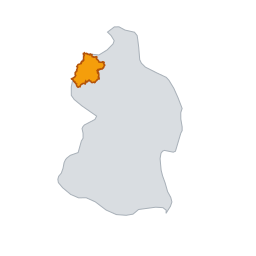 Nyaruguru, Southern, Rwanda (highlighted), rotated 120°
{"feature_id": "39286606B69204186902764", "entity_name": "Nyaruguru", "entity_type": "district", "adm_level": 2, "iso_a3": "RWA", "parent_name": "Rwanda", "parent_adm1": "Southern", "projection": "mercator", "projection_center": [29.568, -2.686], "detail": "fine", "context": "in_parent", "style": "filled", "palette": "amber", "viewbox_px": 256, "rotation_deg": 120, "n_neighbors": 0, "source": "geoboundaries", "source_scale": "gbopen_adm2", "svg_char_len": 5797}
<svg xmlns="http://www.w3.org/2000/svg" viewBox="0 0 256 256"><g transform="rotate(120 128 128)"><path d="M103.2,79.8L106.0,79.7L124.4,75.3L126.3,76.7L129.2,85.3L130.8,86.5L133.4,86.8L138.5,84.9L148.0,78.2L152.2,74.1L157.0,68.4L163.3,61.9L166.7,56.3L170.1,53.0L174.6,52.1L179.5,52.3L182.9,52.4L180.1,53.8L179.5,57.9L182.8,64.5L193.3,78.1L200.1,80.6L204.5,85.9L208.8,94.8L210.0,105.9L208.3,119.4L209.3,129.3L213.2,135.9L214.2,144.4L212.4,154.8L210.1,161.0L207.5,163.1L204.5,163.9L200.4,163.2L195.4,164.1L190.0,166.0L186.6,166.3L184.5,165.9L180.5,164.3L174.2,158.9L162.5,161.9L159.3,161.8L155.0,164.3L151.5,167.5L149.4,167.7L147.2,167.3L137.1,160.9L133.4,161.1L131.9,179.0L130.2,188.9L128.1,193.4L120.9,197.6L113.6,200.1L109.6,199.9L93.5,201.2L87.3,201.2L83.8,199.8L79.3,189.7L70.8,185.1L62.7,183.0L59.3,183.6L56.4,188.9L55.2,193.7L47.3,190.4L44.9,186.4L44.7,179.6L41.8,170.3L43.4,166.3L46.5,163.8L53.0,158.9L63.0,152.0L65.2,148.8L66.6,143.4L65.9,130.8L65.0,120.2L66.2,116.4L70.7,108.2L76.8,99.8L84.0,90.9L88.3,90.0L93.9,86.7L99.9,81.7L103.2,79.8Z" fill="#d9dde1" stroke="#a8b0b8" stroke-width="1"/><path d="M117.7,191.6L117.3,191.3L116.9,191.2L116.7,190.9L116.4,190.7L116.2,190.5L116.2,190.4L116.0,190.5L115.8,190.2L115.7,190.2L115.0,190.5L114.6,190.4L114.1,190.5L113.9,190.3L113.3,190.1L112.8,189.8L112.3,189.7L112.2,189.5L112.3,189.3L112.0,189.2L111.9,189.1L111.6,188.8L111.1,188.4L111.0,188.2L111.4,187.4L111.2,187.0L110.5,187.2L110.3,187.1L109.9,187.3L109.6,187.3L109.6,187.5L109.4,187.6L109.2,187.7L109.0,187.8L108.9,188.1L108.7,188.1L108.8,188.0L108.6,187.9L108.5,187.7L108.6,187.3L108.6,186.9L108.7,186.7L108.4,186.5L108.3,186.2L108.0,186.1L107.8,186.1L107.4,186.3L107.1,186.2L106.8,185.8L106.5,185.9L106.2,185.9L105.9,185.6L106.2,185.2L106.4,184.6L106.3,184.3L106.1,184.0L106.0,183.6L106.4,183.2L106.6,182.9L106.8,182.4L106.7,182.0L106.3,181.3L106.1,181.2L105.6,180.9L105.5,180.5L105.5,180.2L105.4,180.1L105.4,179.7L105.0,179.7L104.9,179.3L104.7,179.3L104.5,179.5L104.2,179.5L103.7,179.3L103.2,179.1L102.7,179.0L102.3,178.7L102.1,178.8L101.6,179.0L100.9,178.6L100.7,178.4L100.2,178.1L100.1,177.6L99.6,177.7L99.5,178.0L99.3,178.0L99.3,178.5L99.1,178.6L98.9,178.6L98.9,178.8L98.6,178.7L98.5,178.8L98.4,178.8L98.3,179.2L98.3,179.3L98.2,179.3L97.7,179.3L97.4,179.5L97.1,179.5L96.9,179.6L96.7,179.7L96.5,179.9L96.2,180.0L96.0,180.3L95.9,180.7L95.6,180.7L95.5,180.8L95.3,180.7L94.9,181.1L95.2,181.4L95.3,181.7L95.5,181.9L95.4,182.0L95.2,182.2L94.9,182.2L94.6,182.3L94.4,182.6L94.4,182.3L94.2,182.3L93.9,182.3L93.7,182.4L93.3,182.4L93.2,182.6L93.2,182.9L93.2,183.2L93.1,183.3L92.9,183.4L92.5,183.4L92.0,183.0L91.8,182.6L91.9,182.4L91.9,182.1L91.8,181.8L91.5,181.8L91.2,181.8L91.0,181.4L90.8,181.5L90.7,181.6L90.5,181.3L90.6,181.1L90.5,180.9L90.4,180.8L90.2,180.8L90.1,180.0L89.2,179.7L88.8,179.9L88.3,179.8L88.0,179.6L88.0,179.4L87.5,179.5L87.3,179.4L86.9,179.7L86.7,179.7L86.4,179.8L86.1,179.7L85.9,179.5L85.4,179.5L85.1,179.6L85.0,180.1L84.9,180.2L84.8,180.5L84.8,180.8L84.4,181.2L84.1,181.3L83.9,181.3L83.8,181.5L83.6,181.5L83.4,181.3L83.2,181.4L83.1,181.7L83.0,181.8L83.0,182.0L83.3,182.1L83.4,182.4L83.2,182.6L83.2,182.8L83.3,183.1L83.5,183.2L84.0,183.0L84.1,183.4L84.3,183.6L84.4,184.1L84.6,184.3L84.9,184.7L84.9,184.9L85.1,185.1L85.0,185.5L85.4,186.1L85.2,186.3L85.1,186.6L84.8,186.9L84.4,187.3L84.3,188.0L84.0,188.6L84.2,188.9L84.2,189.1L83.9,189.4L83.8,190.0L83.4,190.2L82.9,190.3L82.6,190.2L82.0,190.5L82.0,191.1L82.3,191.4L82.6,191.2L82.7,191.4L82.9,191.9L83.1,192.0L83.3,192.1L83.4,192.3L83.3,192.6L83.5,192.9L83.5,193.0L83.8,193.2L83.7,193.3L83.7,193.6L83.7,193.9L83.8,194.0L84.0,194.1L84.2,194.6L84.0,194.9L83.6,195.3L83.2,195.5L82.9,195.7L82.6,195.7L82.5,195.8L82.4,196.0L83.0,196.5L83.0,196.9L83.0,197.0L82.8,197.2L82.8,197.4L82.8,197.5L83.0,197.5L83.3,197.5L83.6,197.9L83.8,197.8L83.8,198.3L83.7,198.5L83.9,198.7L84.1,199.1L84.2,199.5L84.4,199.8L84.2,200.3L84.0,200.5L84.0,200.8L84.0,201.0L84.4,201.1L84.4,201.4L84.6,201.5L84.8,202.1L84.9,202.3L84.8,202.6L85.1,203.0L84.9,203.2L84.8,203.3L85.1,203.4L85.3,203.3L85.4,203.7L85.6,203.9L85.8,203.8L86.2,203.8L86.2,203.4L86.5,203.2L86.6,202.8L86.7,202.7L86.8,202.4L87.0,202.4L87.2,202.1L87.5,202.1L87.8,202.2L87.9,202.3L88.0,202.4L88.2,202.2L88.6,202.0L88.8,201.8L89.1,201.8L89.2,201.7L89.7,201.4L89.8,201.3L90.8,200.9L90.9,200.6L91.1,200.6L91.4,200.3L91.6,200.5L92.2,200.4L92.4,200.6L92.8,200.5L93.0,200.6L92.9,200.9L93.0,201.0L93.4,201.2L93.5,201.4L94.1,201.2L94.4,201.4L94.5,201.2L94.7,201.3L94.8,201.3L94.8,201.1L95.2,200.8L95.5,200.7L95.6,201.0L96.0,201.3L96.4,201.5L96.9,201.8L97.2,202.2L97.3,202.4L97.5,202.5L97.9,202.9L98.2,203.0L98.5,203.0L99.2,203.0L99.3,202.9L99.6,202.9L99.7,203.0L99.8,203.0L99.9,202.9L100.0,203.0L100.3,203.1L100.4,202.8L100.3,202.2L100.5,202.0L101.1,202.1L102.3,201.5L102.7,201.5L103.0,201.6L103.1,201.4L103.7,201.0L103.8,201.0L104.2,200.8L104.3,200.8L104.3,201.2L104.5,201.2L104.9,201.2L105.0,201.1L105.3,201.2L105.7,201.1L105.9,201.2L106.0,201.4L106.3,201.5L106.5,201.4L106.8,201.2L107.0,201.0L107.8,200.8L108.0,200.6L108.1,200.4L108.1,200.2L108.4,199.8L108.5,199.6L108.9,199.6L109.0,199.5L109.3,199.5L109.6,199.6L110.3,199.5L110.6,199.6L110.8,199.8L111.1,199.8L111.3,200.1L111.5,200.1L111.7,200.4L112.0,200.5L112.5,200.6L112.7,200.8L112.9,201.1L113.0,201.1L113.3,201.3L113.3,201.1L113.6,201.3L113.8,201.3L113.9,200.9L113.8,200.5L113.7,200.5L113.6,200.3L113.7,200.2L113.7,199.8L113.8,199.6L113.9,199.3L114.0,199.2L114.3,198.6L114.5,198.4L114.8,198.2L114.8,197.9L114.9,197.7L115.0,197.4L114.8,197.3L115.0,197.1L114.9,196.9L115.1,196.9L115.2,196.4L115.4,196.1L115.3,195.8L115.4,195.7L115.5,195.8L115.7,195.5L115.8,194.9L115.7,194.7L115.9,194.7L116.3,194.3L116.4,194.2L116.6,194.1L116.9,193.5L117.5,192.9L117.6,192.2L117.7,191.7L117.7,191.6Z" fill="#f59e0b" stroke="#b45309" stroke-width="1.5"/></g></svg>